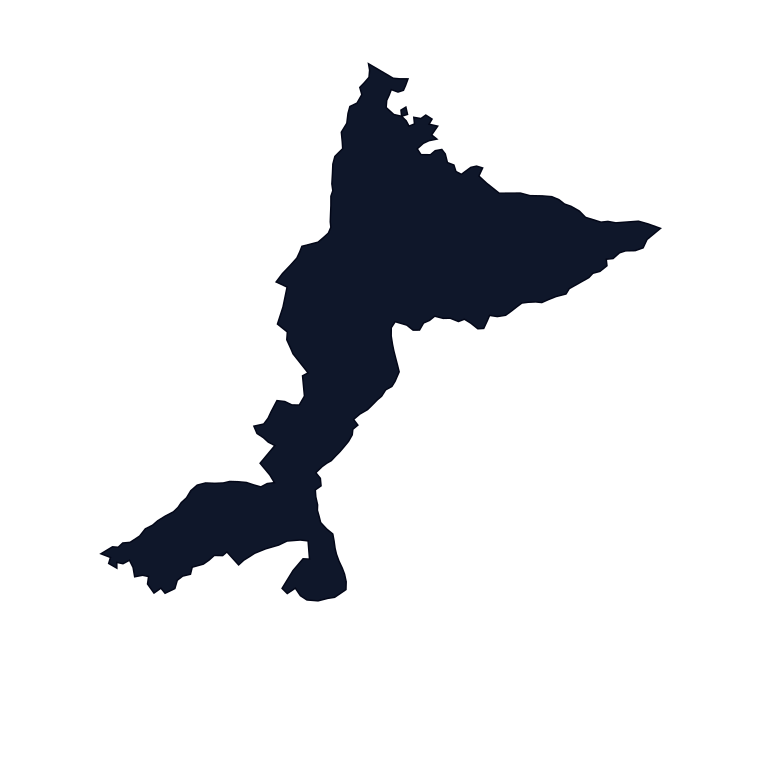 the district of Flor da Serra do Sul, Paraná, Brazil, rotated 295°
{"feature_id": "56859067B68120244559309", "entity_name": "Flor da Serra do Sul", "entity_type": "district", "adm_level": 2, "iso_a3": "BRA", "parent_name": "Brazil", "parent_adm1": "Paraná", "projection": "albers", "projection_center": [-53.304, -26.255], "detail": "fine", "context": "isolated", "style": "filled", "palette": "ink", "viewbox_px": 768, "rotation_deg": 295, "n_neighbors": 0, "source": "geoboundaries", "source_scale": "gbopen_adm2", "svg_char_len": 3459}
<svg xmlns="http://www.w3.org/2000/svg" viewBox="0 0 768 768"><g transform="rotate(295 384 384)"><path d="M181.6,436.4L188.8,433.3L195.0,428.6L199.5,424.0L204.4,418.1L209.6,412.9L214.4,409.1L220.6,405.1L226.4,401.0L228.4,393.2L231.7,385.1L237.0,380.8L241.4,377.0L246.4,374.9L252.9,369.9L259.0,366.5L265.1,370.0L271.6,366.2L274.8,359.7L282.9,362.8L288.0,365.6L292.2,368.6L298.3,370.6L304.2,372.7L310.0,374.3L317.0,376.1L324.5,376.7L329.8,374.9L335.7,377.7L339.0,371.4L346.5,374.8L353.8,379.9L360.2,382.3L367.0,384.7L371.9,387.0L379.4,388.0L385.2,392.2L391.1,392.9L401.4,392.6L406.4,388.6L412.2,383.8L418.2,378.9L423.6,374.9L430.6,370.2L438.1,366.8L445.2,367.8L447.0,379.7L445.1,387.6L447.9,393.4L456.0,394.1L460.9,398.4L466.9,401.3L468.5,409.9L471.6,416.2L472.1,425.1L476.7,429.5L475.8,437.0L473.7,445.7L476.5,450.9L485.0,450.9L490.8,450.7L493.0,458.2L497.7,465.2L504.6,469.0L509.4,471.4L515.6,474.7L519.0,480.1L522.5,486.8L524.5,492.6L529.8,497.2L535.9,502.9L542.5,510.9L548.7,511.6L567.0,524.7L572.6,526.5L577.3,532.1L585.4,536.1L591.0,532.7L594.5,538.6L602.4,542.0L606.8,546.7L611.0,555.3L616.9,561.3L626.1,561.3L641.9,568.8L640.7,555.7L639.1,545.8L628.0,525.9L626.0,518.2L622.4,512.3L620.2,496.2L623.3,488.0L624.1,478.4L623.4,471.5L625.0,464.7L624.7,456.9L621.4,448.0L616.4,436.7L614.7,427.0L605.6,407.8L609.4,392.0L612.6,382.1L621.5,382.1L620.6,375.8L617.0,371.1L606.7,365.5L607.0,359.4L612.0,354.8L611.5,347.9L618.4,342.3L621.0,337.3L617.1,331.8L611.4,329.2L607.5,320.6L611.2,314.7L618.7,317.9L623.5,321.9L628.3,328.4L629.9,321.9L640.4,323.7L638.5,315.0L644.4,315.6L645.4,308.2L640.2,305.3L638.3,298.3L632.6,301.7L628.3,297.7L631.9,292.9L634.1,286.8L632.4,279.0L635.5,269.1L642.2,266.6L647.8,266.6L653.9,266.2L654.5,273.3L658.4,277.5L663.6,277.4L670.7,276.8L667.3,269.4L665.0,263.1L667.7,234.6L662.4,238.3L655.6,240.8L648.0,238.6L642.6,236.7L636.9,241.6L627.2,240.8L621.1,235.8L614.1,237.0L604.6,240.1L594.2,238.9L585.7,243.9L579.8,247.1L574.5,245.1L569.5,243.3L561.7,244.7L553.3,248.2L543.3,252.2L537.6,255.9L531.8,256.5L523.2,260.5L514.8,264.0L508.2,266.8L503.6,269.6L497.2,269.8L491.5,267.4L484.7,264.3L474.1,251.4L468.2,251.8L461.3,251.8L451.5,248.8L441.2,245.3L430.9,243.1L430.9,255.2L411.1,259.9L393.3,262.1L390.3,274.4L383.0,277.2L376.6,284.7L372.9,288.8L362.0,310.5L357.0,306.7L339.4,317.0L329.1,316.1L326.1,309.3L326.2,301.5L323.7,294.0L311.1,293.4L304.0,293.4L296.9,291.9L290.8,283.9L285.5,289.8L284.4,297.4L282.4,303.7L282.1,311.1L259.8,305.2L253.3,319.0L248.3,326.4L244.4,320.2L238.7,315.9L237.5,308.5L236.6,300.9L233.7,292.9L230.5,285.4L226.4,280.2L222.5,272.7L218.9,264.1L213.4,257.4L205.7,254.0L197.3,253.1L190.9,250.4L185.1,249.5L179.2,247.2L171.9,241.6L164.6,236.8L158.2,233.9L151.9,228.9L142.9,226.8L133.2,220.8L129.5,214.4L123.7,212.1L121.7,206.7L110.5,199.2L111.2,209.4L105.0,210.3L104.2,219.7L109.4,217.2L110.8,223.4L116.7,227.8L111.7,234.1L103.9,239.5L108.6,246.0L110.0,252.0L102.8,254.2L97.3,263.9L104.7,268.1L101.8,274.0L110.2,280.9L118.7,279.6L124.8,282.7L129.8,289.0L136.9,287.6L144.4,296.4L150.5,299.9L156.9,302.6L160.3,310.3L165.4,312.6L158.6,328.7L165.1,331.4L170.9,335.2L175.9,338.3L184.6,346.4L193.5,356.6L200.7,362.5L207.2,374.0L209.7,381.5L193.8,390.5L191.4,384.5L176.5,380.4L155.7,378.0L153.2,384.9L161.5,389.9L156.8,397.7L155.7,405.4L159.6,415.9L166.0,423.7L169.8,429.4L175.3,432.7L181.6,436.4ZM634.1,286.8L638.3,291.4L644.2,286.8L639.4,283.6L634.1,286.8Z" fill="#0f172a" stroke="#020617" stroke-width="1.5"/></g></svg>